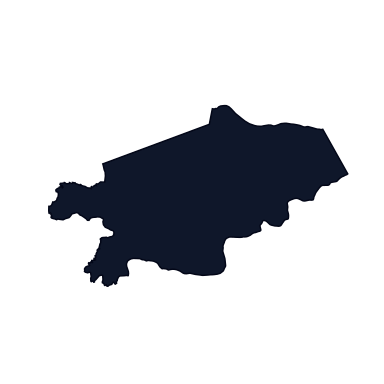 the district of St Helen Estate, Micoud, Saint Lucia, rotated 132°
{"feature_id": "8701671B95563300423658", "entity_name": "St Helen Estate", "entity_type": "district", "adm_level": 2, "iso_a3": "LCA", "parent_name": "Saint Lucia", "parent_adm1": "Micoud", "projection": "equal_earth", "projection_center": [-60.905, 13.787], "detail": "fine", "context": "isolated", "style": "filled", "palette": "ink", "viewbox_px": 384, "rotation_deg": 132, "n_neighbors": 0, "source": "geoboundaries", "source_scale": "gbopen_adm2", "svg_char_len": 6047}
<svg xmlns="http://www.w3.org/2000/svg" viewBox="0 0 384 384"><g transform="rotate(132 192 192)"><path d="M230.8,277.1L231.3,276.2L234.3,272.0L235.2,270.0L238.0,267.1L241.8,264.4L243.1,263.5L245.8,266.7L249.1,267.1L249.4,268.0L250.0,268.5L250.6,268.4L251.2,267.4L251.7,268.4L252.4,268.8L252.8,268.7L253.7,269.2L254.2,269.0L255.4,269.3L255.3,270.3L255.8,270.3L257.0,269.3L257.2,270.0L257.8,271.1L258.6,272.0L258.9,272.6L259.4,275.1L260.6,277.3L261.1,278.6L261.5,278.9L261.4,279.6L261.0,279.7L261.2,280.1L262.1,280.0L262.8,282.3L263.4,283.5L263.6,284.0L263.4,285.1L264.0,285.4L264.1,286.0L264.7,286.9L264.9,286.5L265.7,286.6L266.0,287.0L266.8,288.6L267.0,289.3L267.7,288.8L269.5,290.4L270.0,291.0L270.2,292.8L270.4,293.2L270.8,293.0L272.5,294.4L273.7,295.6L274.7,295.2L274.9,294.1L274.1,292.6L274.9,291.0L275.6,291.0L275.8,291.2L275.5,292.6L276.1,293.2L277.2,293.9L278.2,293.5L278.7,294.0L280.3,294.5L281.7,294.5L282.3,293.5L282.6,293.2L281.8,291.3L283.5,289.4L285.8,288.0L286.8,288.1L287.7,287.5L289.1,287.0L291.5,287.7L292.1,288.2L292.5,288.8L295.4,287.6L297.3,287.7L298.4,288.8L301.7,286.0L303.4,284.1L303.4,283.8L302.8,283.8L302.3,283.6L302.3,282.6L303.0,282.0L303.2,281.1L303.6,280.2L303.9,280.5L305.2,279.7L305.3,279.0L305.0,278.2L304.6,277.3L303.9,276.1L303.1,274.0L301.9,273.8L301.2,272.5L298.9,269.2L297.4,268.6L296.4,268.2L293.4,266.3L292.0,266.2L288.2,266.5L287.3,265.7L284.5,264.0L283.5,261.6L284.1,260.9L284.0,259.8L283.4,258.2L283.0,255.4L282.7,252.4L283.0,250.8L282.0,249.6L279.4,250.0L277.3,248.8L275.0,246.6L273.6,245.5L272.0,243.3L271.8,241.7L271.2,240.3L271.8,239.4L272.7,238.7L273.7,238.3L275.6,235.9L276.2,232.9L275.0,229.3L274.7,227.2L273.5,224.6L273.9,223.6L274.1,223.3L275.0,222.1L275.8,222.1L275.9,221.8L276.2,221.3L276.8,221.3L278.5,221.6L280.5,223.1L282.0,223.8L282.6,224.3L283.0,225.5L283.8,226.1L285.6,227.9L285.9,228.1L286.6,228.5L287.2,228.1L287.9,228.8L288.5,228.5L289.2,227.1L289.8,226.8L290.8,225.9L292.2,225.6L295.5,223.8L295.6,223.0L296.1,222.6L296.5,222.6L296.6,223.6L297.3,223.6L298.7,223.6L298.9,223.2L298.8,222.6L301.6,222.1L303.2,221.0L303.6,221.0L304.0,221.3L304.4,221.3L304.5,220.3L304.9,219.8L305.9,219.7L306.7,220.4L306.9,220.4L307.6,219.6L307.7,219.2L306.8,218.7L306.9,218.3L307.8,218.6L308.2,219.0L308.6,219.7L309.0,219.7L309.5,220.0L310.0,220.7L310.9,220.2L311.1,218.9L311.3,219.0L311.6,220.0L311.9,220.4L312.2,220.3L313.2,220.3L313.4,220.4L313.4,221.2L313.6,221.4L313.9,221.4L314.7,220.8L314.9,219.1L315.6,219.1L316.3,219.5L317.0,220.0L318.5,220.7L319.9,220.7L321.1,220.4L322.0,219.3L323.0,218.7L322.9,217.5L321.8,215.4L320.2,214.6L319.8,213.4L322.2,210.4L324.1,209.4L324.5,208.9L325.6,207.9L326.1,207.1L326.0,206.8L325.1,206.6L324.5,205.9L324.8,204.7L324.2,204.3L323.0,205.1L321.6,204.8L316.2,204.9L314.1,203.4L313.8,202.6L314.0,202.3L316.5,199.7L317.8,198.8L318.3,198.8L319.4,197.9L319.0,196.2L319.8,194.8L319.8,194.3L318.3,193.7L318.9,192.8L318.7,191.9L318.2,191.4L316.6,191.2L314.3,189.8L313.7,190.2L313.1,190.1L312.0,190.3L311.6,190.2L311.4,189.3L311.9,188.1L311.7,187.3L310.2,187.0L309.4,188.3L309.1,188.1L307.7,188.4L307.1,188.9L304.7,189.7L303.5,189.7L302.7,189.5L299.6,186.4L297.7,184.7L297.0,183.5L296.7,183.5L295.1,184.6L293.6,186.2L291.0,190.8L289.7,192.2L288.5,193.0L286.3,193.7L284.0,193.2L282.5,192.6L280.6,191.2L278.9,189.2L276.4,186.2L275.7,183.8L274.4,182.1L274.0,180.6L273.7,179.8L272.1,178.7L270.6,176.5L270.3,176.2L269.1,174.3L268.3,172.0L267.9,169.9L269.1,165.7L269.1,163.1L268.9,162.7L268.1,162.1L266.1,159.3L266.1,158.5L265.7,157.3L264.7,156.6L263.9,156.1L262.3,154.7L261.1,153.2L260.2,151.7L259.8,150.9L259.1,149.0L258.8,148.2L258.4,145.7L258.3,144.7L258.0,143.8L257.6,142.9L256.5,141.5L253.7,139.2L251.0,134.4L248.4,130.7L247.1,128.7L246.5,128.0L242.9,124.5L241.1,122.9L239.9,121.6L238.2,120.0L235.9,118.1L234.4,117.2L233.8,116.8L233.2,116.6L231.6,116.3L230.6,116.1L229.8,116.0L228.9,116.2L226.6,117.0L225.6,117.2L225.0,117.3L224.1,117.9L220.3,122.1L219.6,122.9L219.0,123.8L216.0,128.7L215.5,129.4L215.0,129.9L213.4,131.0L212.5,131.7L211.9,132.4L211.3,132.9L210.4,133.4L207.9,134.3L206.5,135.0L205.6,135.2L204.8,135.4L204.1,135.4L203.2,135.3L201.0,134.4L200.2,133.9L197.7,131.0L196.1,129.0L193.5,125.9L192.1,124.6L191.2,124.0L190.6,123.5L190.2,122.9L188.9,121.7L187.7,120.9L185.1,119.8L182.8,119.4L181.3,118.9L180.5,118.4L179.5,117.6L177.2,116.4L175.9,115.5L175.1,115.2L174.6,115.2L174.0,115.6L173.3,116.6L172.3,118.1L171.6,118.9L171.1,119.2L170.0,119.2L169.4,119.2L168.5,119.3L167.5,119.6L166.5,120.1L165.5,119.9L164.7,119.1L164.1,117.9L163.9,116.6L163.9,115.2L164.0,112.4L163.6,111.1L162.4,108.9L161.8,107.8L160.3,105.9L159.6,104.9L158.7,104.1L157.7,103.6L156.7,103.6L154.6,104.0L152.5,104.2L151.5,104.4L150.4,104.2L149.4,103.7L148.5,103.0L147.5,102.6L146.5,103.2L145.6,103.9L144.7,104.7L143.9,105.6L143.2,106.6L141.8,108.8L140.9,109.5L139.1,110.8L138.3,111.7L137.5,112.7L136.8,113.6L135.8,114.1L134.8,114.2L133.7,114.1L131.7,113.3L128.6,111.7L127.7,111.0L126.8,110.2L126.1,109.2L125.6,108.0L124.8,105.5L124.5,104.1L123.9,103.0L123.1,102.1L122.2,101.4L119.4,99.4L118.6,98.4L117.8,97.5L116.9,96.8L115.9,97.0L114.0,98.2L111.9,98.8L110.9,99.2L109.9,99.5L108.9,99.7L106.8,99.9L103.6,100.2L101.5,100.1L100.4,99.9L99.5,99.2L98.7,98.4L96.3,95.8L95.4,95.1L94.3,94.9L93.3,95.3L92.3,95.2L91.3,94.7L87.8,91.9L86.8,91.5L84.7,91.5L82.6,91.3L81.6,91.1L80.5,90.8L79.6,90.4L78.6,89.9L77.6,89.6L76.6,89.2L75.6,88.6L74.3,88.4L57.9,136.8L58.7,137.3L59.5,138.2L60.1,139.3L60.9,140.2L61.6,141.2L62.2,142.4L63.3,144.7L65.7,149.4L66.5,150.3L67.4,150.9L68.3,151.7L69.0,152.7L69.9,155.2L70.4,156.4L71.0,157.5L72.3,159.7L73.7,161.9L74.4,162.8L75.2,163.8L76.5,165.9L77.9,168.0L78.7,168.9L81.3,171.3L82.2,171.9L83.8,172.6L86.7,174.2L87.7,174.9L88.5,175.7L89.5,178.1L90.3,179.1L91.1,180.0L94.6,182.8L96.5,184.2L97.3,185.0L99.4,187.6L100.7,189.8L102.9,195.0L103.9,200.1L104.2,204.4L104.6,212.2L104.0,218.3L104.0,221.6L104.8,224.2L106.5,226.1L109.0,228.3L110.9,229.1L113.2,229.1L114.3,230.4L115.5,231.0L116.5,232.6L130.1,224.4L230.8,277.1Z" fill="#0f172a" stroke="#020617" stroke-width="1.5"/></g></svg>